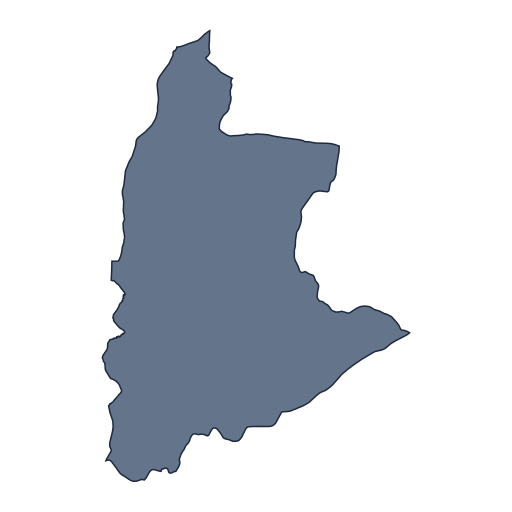 the district of Soeng Sang, Nakhon Ratchasima, Thailand
{"feature_id": "78962969B32036693641657", "entity_name": "Soeng Sang", "entity_type": "district", "adm_level": 2, "iso_a3": "THA", "parent_name": "Thailand", "parent_adm1": "Nakhon Ratchasima", "projection": "albers", "projection_center": [102.453, 14.379], "detail": "fine", "context": "isolated", "style": "filled", "palette": "slate", "viewbox_px": 512, "rotation_deg": 0, "n_neighbors": 0, "source": "geoboundaries", "source_scale": "gbopen_adm2", "svg_char_len": 6045}
<svg xmlns="http://www.w3.org/2000/svg" viewBox="0 0 512 512"><path d="M105.9,460.7L106.9,460.4L108.4,460.2L109.7,460.2L110.3,460.5L111.5,461.6L112.8,463.3L116.3,468.0L119.3,472.3L120.6,473.8L121.7,474.7L124.5,476.3L129.6,479.8L132.3,481.0L133.1,481.2L135.0,481.3L136.7,481.1L141.5,479.5L142.6,479.5L144.2,480.0L145.8,478.4L149.7,471.6L151.4,470.1L152.4,469.6L153.0,469.5L154.3,469.7L159.7,471.2L160.9,471.4L161.1,471.3L161.4,470.9L161.4,469.6L161.7,469.1L163.0,469.0L164.2,468.4L165.6,468.1L166.7,468.3L167.4,468.7L167.8,469.3L168.8,472.2L169.4,472.9L170.4,473.1L171.8,472.9L174.3,471.5L174.8,471.4L175.8,471.5L178.6,466.8L179.6,464.3L179.9,462.4L179.3,459.5L180.0,457.2L180.9,454.6L182.4,451.8L184.1,449.4L185.3,446.7L186.3,445.0L188.1,443.2L188.8,442.1L189.7,440.5L190.2,438.4L190.7,437.3L192.2,434.9L193.1,434.0L194.6,433.8L198.7,434.6L201.1,434.2L202.8,434.2L205.8,435.2L206.7,435.7L207.7,435.8L208.8,435.0L211.4,430.1L212.3,428.9L213.1,428.2L213.6,428.0L215.2,428.0L216.4,428.5L217.1,429.0L218.8,431.0L221.0,433.9L222.8,437.1L223.9,438.2L225.4,438.9L229.0,439.7L232.6,441.2L233.9,441.3L235.5,441.3L238.2,440.8L239.2,440.1L240.4,438.8L241.6,437.3L242.2,436.3L243.1,434.2L245.8,428.8L246.8,427.6L248.0,426.8L252.9,426.5L269.1,426.5L270.8,426.3L272.2,425.9L274.8,424.1L276.0,422.5L281.3,412.7L281.9,412.1L282.7,411.8L287.9,411.5L290.3,411.1L303.1,405.8L304.6,405.0L309.0,402.4L316.6,395.4L319.3,393.2L320.9,392.3L325.7,390.3L329.7,387.4L332.6,384.8L341.9,374.2L348.6,368.6L354.1,364.5L361.7,359.3L372.8,352.7L375.1,351.5L381.4,350.1L383.9,349.1L385.7,348.0L390.4,344.0L392.0,342.9L395.9,340.6L404.1,336.4L407.3,334.6L409.6,332.8L407.6,331.6L405.5,330.8L404.0,330.3L401.8,330.1L401.2,329.9L400.2,328.3L398.7,325.1L396.9,322.7L391.8,317.0L390.6,316.1L389.3,315.6L387.0,314.3L384.2,313.5L379.6,311.1L374.2,309.5L370.6,307.2L369.2,306.6L366.5,306.2L364.1,306.1L362.2,306.3L360.4,306.6L356.6,308.3L350.0,312.6L348.8,313.1L347.5,313.1L345.8,312.4L341.5,311.3L340.7,311.4L339.4,311.9L337.5,312.0L335.7,312.0L331.9,310.5L331.3,309.8L329.2,306.8L327.8,305.1L324.5,303.3L323.4,302.1L322.2,301.5L319.7,301.1L318.6,300.0L317.6,298.5L317.2,297.2L317.2,295.4L317.4,293.2L317.7,290.8L318.5,287.6L318.6,285.7L318.4,284.8L317.9,283.7L315.3,280.5L314.1,276.6L313.1,275.3L311.4,274.7L309.4,274.1L306.7,272.4L305.4,271.7L304.6,271.7L302.8,272.4L302.0,272.5L300.8,272.2L299.6,270.8L298.7,267.9L297.9,265.9L295.0,260.1L294.6,258.6L294.3,256.3L294.4,250.0L295.3,246.2L295.5,240.4L296.6,232.7L296.9,231.8L298.5,229.2L299.8,225.9L301.0,221.8L301.3,219.3L301.5,217.0L300.9,212.0L301.1,210.7L301.9,208.8L310.4,196.9L312.7,193.5L314.8,192.0L318.1,191.1L320.3,191.0L327.3,191.8L328.2,191.4L328.8,190.7L329.2,189.3L329.6,186.5L330.6,182.3L332.9,180.6L334.0,179.4L335.4,176.1L336.0,174.0L336.1,170.7L336.6,165.7L339.0,151.6L339.2,146.1L334.4,144.4L330.7,143.6L327.0,143.3L317.4,143.1L314.9,142.9L308.6,141.8L304.6,141.6L303.7,140.9L302.9,140.6L299.7,139.8L282.8,137.6L274.2,136.2L267.9,134.8L265.1,134.5L257.1,134.0L255.6,134.0L254.4,134.4L249.8,134.6L246.6,134.1L245.6,134.3L243.7,134.9L238.5,135.5L235.1,135.6L230.4,136.0L228.1,135.4L226.1,134.5L221.5,131.4L219.3,129.0L219.4,125.3L219.7,123.4L220.3,121.3L222.3,117.2L223.5,115.4L226.7,112.3L227.7,111.1L228.6,109.4L229.1,107.6L228.8,107.1L228.8,106.8L230.4,102.3L230.9,99.8L231.0,97.0L230.7,96.4L230.3,94.9L230.4,93.9L230.3,90.0L230.7,89.1L231.6,86.4L231.5,86.0L231.6,85.4L231.5,84.9L231.8,84.5L231.5,83.8L231.2,83.6L230.7,82.3L231.0,81.6L230.9,81.3L231.2,80.9L231.2,80.4L231.5,79.3L232.4,78.4L226.9,75.7L221.0,72.4L220.3,71.8L216.7,67.7L215.7,66.7L210.0,62.8L206.6,59.4L205.7,58.0L207.9,55.9L209.8,52.9L209.1,48.2L209.1,44.6L209.4,41.6L209.5,35.2L209.8,30.7L208.9,31.1L204.5,34.3L201.2,37.7L197.7,40.6L188.4,43.7L185.3,45.0L181.3,46.4L179.0,46.9L176.8,47.0L176.7,48.3L174.9,51.0L174.2,50.8L173.0,52.4L173.2,54.2L172.9,55.4L171.8,58.0L170.4,60.5L169.8,62.3L168.5,64.3L163.7,70.7L159.5,76.7L158.4,78.9L157.7,81.0L157.2,84.1L157.2,85.7L157.7,91.2L158.5,98.1L158.3,101.6L157.5,107.4L157.6,110.9L155.9,117.8L154.5,120.7L151.8,125.2L145.3,131.9L138.1,137.6L136.9,139.1L136.2,140.9L135.6,145.9L132.3,156.3L129.2,161.6L125.5,170.7L123.9,185.0L122.4,190.6L122.4,192.5L122.4,194.6L123.0,197.2L123.7,201.7L123.3,210.9L123.6,213.4L124.0,214.9L124.5,219.4L123.1,222.9L123.1,224.0L123.4,230.0L124.1,233.2L124.6,237.5L124.1,240.1L123.8,242.5L122.3,247.3L121.6,252.4L120.7,256.1L119.1,259.9L118.1,261.2L111.9,261.2L111.7,269.7L111.2,280.2L111.4,280.4L112.5,280.7L113.2,280.6L114.7,281.2L116.5,283.3L117.6,284.2L118.0,284.3L118.8,285.2L119.4,285.6L120.6,287.7L124.3,292.2L125.2,294.2L125.1,294.5L124.8,294.9L124.5,294.5L124.4,294.9L123.4,294.9L123.3,295.2L123.4,296.0L123.2,296.5L123.6,297.1L123.3,297.3L123.4,297.9L123.6,298.0L123.0,298.5L122.8,298.9L122.9,299.2L122.9,299.8L122.6,300.3L122.1,300.6L122.3,301.5L120.3,303.2L120.3,303.5L119.4,304.5L118.9,306.4L118.5,307.2L116.6,310.5L113.5,314.6L112.9,318.0L113.5,318.2L113.6,320.5L113.8,320.9L114.6,322.0L117.8,325.9L120.0,328.1L122.9,329.8L123.5,330.3L124.5,331.6L124.7,332.6L124.4,333.1L123.8,333.3L123.4,333.9L122.6,333.6L122.2,334.6L121.6,334.5L121.4,334.6L120.7,335.7L120.6,336.2L119.7,336.9L119.4,336.9L119.0,336.3L118.8,336.6L117.8,336.4L117.5,336.6L117.6,337.0L116.7,336.9L116.7,337.7L116.2,337.8L116.1,338.3L115.0,338.0L114.6,338.3L113.9,338.2L113.3,338.5L113.0,339.1L112.2,339.1L111.1,339.6L110.3,339.5L109.9,339.8L108.0,342.7L107.7,344.0L107.5,347.6L107.1,349.4L103.2,355.1L102.5,357.1L102.4,358.0L103.1,359.6L103.4,361.0L104.8,363.3L104.9,363.8L105.3,369.3L106.0,371.2L110.4,378.2L110.9,378.7L112.3,379.1L114.7,380.2L116.9,382.0L118.4,383.5L119.1,384.5L119.9,386.3L120.8,388.8L121.6,389.9L121.7,390.4L121.2,391.7L121.1,392.7L120.6,392.9L120.3,393.4L119.2,394.2L118.1,395.8L114.0,400.4L113.0,401.9L111.4,403.0L110.8,403.7L110.2,403.7L109.5,404.3L109.6,404.9L108.6,405.9L110.0,412.7L112.5,420.1L112.9,421.5L113.1,427.0L112.5,431.4L109.8,442.6L109.7,444.8L109.8,446.6L110.8,448.6L111.3,450.9L106.5,459.2L105.9,460.7Z" fill="#64748b" stroke="#1e293b" stroke-width="1.5"/></svg>